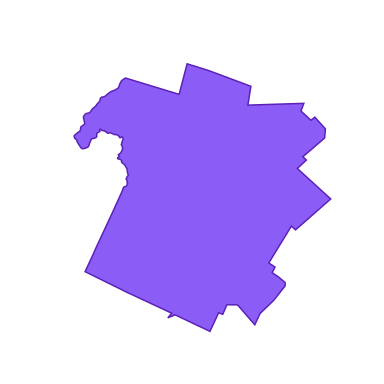 the district of Rutland, Vermont, United States of America, rotated 23°
{"feature_id": "52423323B74682295131774", "entity_name": "Rutland", "entity_type": "district", "adm_level": 2, "iso_a3": "USA", "parent_name": "United States of America", "parent_adm1": "Vermont", "projection": "robinson", "projection_center": [-73.236, 43.575], "detail": "fine", "context": "isolated", "style": "filled", "palette": "violet", "viewbox_px": 384, "rotation_deg": 23, "n_neighbors": 0, "source": "geoboundaries", "source_scale": "gbopen_adm2", "svg_char_len": 2078}
<svg xmlns="http://www.w3.org/2000/svg" viewBox="0 0 384 384"><g transform="rotate(23 192 192)"><path d="M86.1,113.1L83.7,117.0L83.5,117.9L83.3,120.9L83.6,123.9L83.3,125.4L80.8,128.8L78.9,130.4L77.9,131.6L75.8,135.1L75.1,137.0L74.4,138.0L73.4,139.0L72.1,139.7L71.1,141.0L71.0,141.8L71.6,143.4L71.4,144.9L70.2,148.4L70.1,148.8L69.9,150.2L67.6,155.1L67.3,157.7L66.1,159.7L64.4,160.7L63.8,161.3L63.4,162.0L62.6,164.7L62.9,165.7L66.3,170.6L66.5,171.3L66.4,171.8L64.3,175.4L64.3,176.0L64.9,178.0L65.1,179.6L63.9,181.4L62.0,185.1L61.6,186.1L61.7,186.6L62.6,188.0L63.3,188.4L65.5,189.1L66.7,190.7L70.8,193.6L72.7,194.7L73.5,195.0L74.3,195.0L75.7,194.2L78.4,191.7L78.7,191.2L79.0,190.1L78.7,187.6L78.7,182.3L80.8,181.0L82.3,179.4L82.6,178.7L82.7,178.2L81.4,175.3L81.9,174.4L83.5,172.4L83.6,172.2L82.6,170.8L82.8,170.1L83.9,170.0L84.5,170.4L85.1,170.5L87.4,170.0L87.6,169.8L91.5,170.9L93.5,169.4L98.6,169.4L100.0,168.7L102.2,168.8L103.9,170.0L104.7,170.2L105.8,168.7L106.3,168.5L107.0,168.9L107.6,169.5L107.8,170.1L108.4,176.1L109.2,176.5L110.8,178.6L111.3,179.8L111.3,181.7L111.1,183.6L110.9,184.2L109.6,186.5L111.2,187.5L111.3,187.7L110.5,188.6L110.2,189.6L110.4,190.2L110.8,190.4L113.9,190.1L115.2,190.8L115.3,191.8L115.8,192.3L119.4,193.3L121.3,194.7L123.3,196.4L125.4,200.0L126.9,201.3L126.9,201.9L126.2,202.8L126.3,205.9L127.2,206.2L127.6,206.6L127.9,207.3L129.2,209.7L129.4,209.7L129.4,210.8L129.3,212.1L128.7,212.9L127.5,213.7L127.2,214.9L127.2,216.6L127.5,216.8L127.4,218.5L126.9,238.2L126.8,242.0L125.4,282.2L125.4,282.5L125.4,285.5L125.3,289.4L124.7,307.1L171.9,309.8L220.7,311.5L218.9,317.3L224.4,311.7L263.0,313.3L263.7,292.8L268.1,292.6L268.2,282.2L278.0,278.1L301.7,289.7L302.1,277.4L309.6,259.7L314.4,242.1L313.2,239.0L305.2,236.5L297.3,234.9L297.8,228.7L290.4,227.3L296.0,190.0L296.8,184.6L302.1,186.4L322.4,144.2L279.8,129.2L284.8,117.9L280.3,116.2L293.0,90.5L290.2,81.8L275.8,75.1L273.5,79.5L260.7,74.9L260.3,66.7L230.2,80.6L209.5,90.2L204.9,71.7L159.8,73.7L137.4,75.9L142.0,107.1L133.0,108.1L86.1,113.1Z" fill="#8b5cf6" stroke="#5b21b6" stroke-width="1.5"/></g></svg>